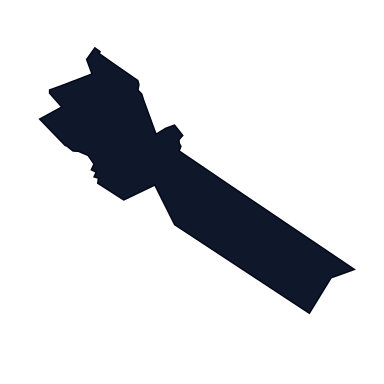 outline of Herkimer, New York, United States of America, rotated 129°
{"feature_id": "52423323B32160257293354", "entity_name": "Herkimer", "entity_type": "district", "adm_level": 2, "iso_a3": "USA", "parent_name": "United States of America", "parent_adm1": "New York", "projection": "albers", "projection_center": [-74.979, 43.461], "detail": "fine", "context": "isolated", "style": "filled", "palette": "ink", "viewbox_px": 384, "rotation_deg": 129, "n_neighbors": 0, "source": "geoboundaries", "source_scale": "gbopen_adm2", "svg_char_len": 708}
<svg xmlns="http://www.w3.org/2000/svg" viewBox="0 0 384 384"><g transform="rotate(129 192 192)"><path d="M161.6,149.6L168.2,227.8L163.6,229.3L162.2,232.5L159.6,235.0L153.9,234.8L151.0,247.7L159.0,252.5L169.7,256.3L151.2,287.2L147.5,292.7L146.9,298.0L141.8,301.0L139.5,304.3L140.1,312.4L141.8,335.0L142.9,351.5L140.8,351.7L141.1,358.2L155.3,357.3L163.2,344.0L192.6,361.0L202.3,366.9L204.8,364.9L207.9,346.7L231.2,356.3L235.7,319.6L235.1,318.9L235.0,310.3L231.8,305.7L231.0,302.8L229.0,295.8L231.9,285.8L238.1,284.2L236.9,279.0L241.9,277.6L240.1,273.4L244.5,270.8L241.1,240.0L210.0,225.3L228.3,184.9L212.4,24.5L171.2,29.9L150.0,17.1L161.6,149.6Z" fill="#0f172a" stroke="#020617" stroke-width="1.5"/></g></svg>